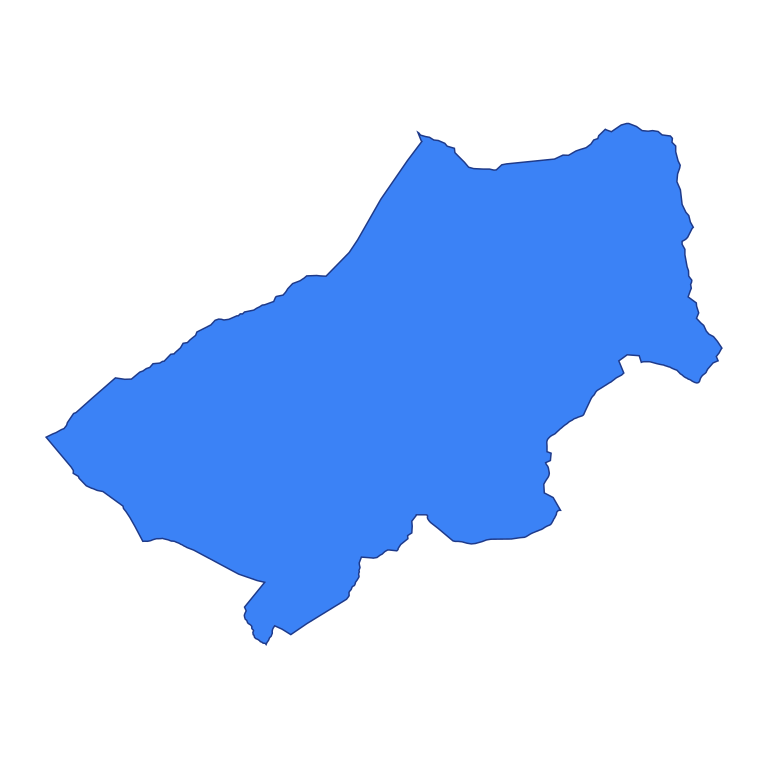 outline of Kwabre East, Ashanti, Ghana
{"feature_id": "2480657B60556198830817", "entity_name": "Kwabre East", "entity_type": "district", "adm_level": 2, "iso_a3": "GHA", "parent_name": "Ghana", "parent_adm1": "Ashanti", "projection": "orthographic", "projection_center": [-1.514, 6.788], "detail": "fine", "context": "isolated", "style": "filled", "palette": "blue", "viewbox_px": 768, "rotation_deg": 0, "n_neighbors": 0, "source": "geoboundaries", "source_scale": "gbopen_adm2", "svg_char_len": 6112}
<svg xmlns="http://www.w3.org/2000/svg" viewBox="0 0 768 768"><path d="M86.3,485.8L91.5,488.2L93.2,488.7L97.2,490.4L102.9,491.5L123.0,506.1L123.5,508.5L126.0,511.6L129.9,517.5L135.0,526.5L142.8,541.3L144.8,541.2L147.3,541.3L149.1,541.0L150.8,540.6L152.7,539.8L154.6,539.2L156.6,538.7L158.9,538.7L160.9,538.6L162.5,538.4L163.8,538.8L168.4,539.9L169.8,540.5L170.5,540.8L171.6,541.1L172.9,541.1L174.7,541.4L176.3,542.2L178.0,542.8L179.4,543.4L180.8,544.3L182.2,544.8L183.1,545.4L184.2,546.1L185.2,546.5L186.4,547.2L186.9,547.5L193.7,550.1L238.6,574.1L257.0,580.5L264.7,582.3L244.5,607.1L246.2,610.9L245.4,612.4L244.6,614.3L244.3,615.4L244.6,617.2L245.3,619.3L246.7,620.3L247.6,622.7L248.4,623.6L249.8,624.4L250.4,624.8L250.7,625.1L251.7,626.2L251.7,626.6L251.9,626.9L251.7,628.0L252.0,628.8L253.2,629.9L253.6,630.7L252.9,632.3L253.2,634.7L254.0,635.3L254.5,637.3L255.8,638.6L256.6,638.9L258.1,639.6L259.6,640.7L260.3,641.6L261.9,642.2L263.0,643.1L265.3,643.4L266.1,644.5L266.9,642.6L268.5,640.4L269.6,637.7L271.1,636.3L272.3,633.2L272.2,631.2L272.6,629.3L273.2,628.1L274.7,625.8L282.1,629.2L290.8,634.6L306.9,623.6L346.6,599.2L347.1,598.5L348.5,596.7L349.1,595.7L349.0,592.4L349.5,591.5L350.2,590.6L350.9,589.9L351.5,588.8L351.8,587.7L352.1,587.0L353.0,586.2L354.1,585.7L354.7,585.0L355.1,584.0L355.4,582.9L355.4,582.4L357.1,580.1L359.0,576.9L359.0,575.9L358.7,574.8L358.7,573.7L358.9,572.8L359.3,572.0L359.2,571.2L359.0,570.5L359.2,569.7L359.7,568.5L360.0,567.3L359.6,565.8L359.3,564.2L359.2,562.9L361.4,557.1L371.8,557.9L373.3,558.1L377.0,557.5L380.2,555.1L382.2,554.1L384.8,551.6L387.6,550.0L389.4,550.0L396.8,550.8L398.0,549.6L398.2,548.4L400.7,544.5L407.9,538.7L407.6,535.6L411.8,532.9L412.2,526.2L411.8,521.2L416.1,515.6L416.3,514.8L425.6,514.8L426.8,514.9L427.6,515.9L427.4,517.7L427.8,518.9L428.9,520.6L430.1,522.0L430.7,522.6L438.0,528.3L453.0,540.9L455.3,541.4L458.2,541.4L462.0,541.8L467.0,543.2L471.3,543.9L475.3,543.5L482.1,541.6L486.6,539.9L490.4,539.3L491.8,539.2L511.3,539.0L519.9,537.7L524.5,537.3L526.4,536.5L530.6,533.9L532.9,532.8L539.8,530.0L541.3,529.5L542.1,529.1L543.3,528.4L544.7,527.4L546.5,526.4L548.0,525.7L549.3,525.2L550.5,524.6L551.4,523.6L552.0,522.5L553.1,520.6L553.4,519.9L553.8,519.0L554.7,517.8L555.2,516.6L556.2,514.8L556.4,514.1L556.6,512.7L556.8,512.1L558.3,510.5L559.4,510.3L560.5,510.3L553.2,497.6L544.3,492.9L543.8,484.6L543.9,484.0L544.8,482.4L545.9,480.5L548.0,477.4L548.6,476.2L549.0,475.1L549.3,473.3L549.1,471.9L548.4,468.1L547.8,466.4L546.3,464.4L545.6,462.7L550.4,460.5L551.1,453.2L547.0,451.7L547.0,446.0L546.8,443.0L546.8,441.8L547.0,441.1L547.3,440.0L547.9,439.0L548.8,437.9L549.3,437.5L549.9,436.8L550.8,436.1L551.8,435.5L552.5,435.0L553.4,434.7L554.2,434.2L555.4,433.5L556.0,432.8L558.4,430.6L559.6,429.5L560.4,428.7L561.3,428.1L563.2,426.4L564.7,425.2L567.2,423.5L569.0,421.9L570.5,421.0L572.1,420.2L574.2,418.7L576.6,417.9L578.0,417.2L579.8,416.6L581.3,416.1L582.4,415.7L583.2,415.1L583.8,414.4L584.0,413.8L585.4,410.7L590.4,400.1L590.7,399.4L591.8,397.4L592.9,396.1L594.2,394.8L594.8,393.7L595.7,392.1L596.9,390.7L597.3,390.4L609.9,382.5L610.7,382.2L613.0,380.4L613.8,379.8L615.8,378.2L616.9,377.5L617.7,377.1L621.5,375.1L622.1,374.6L622.8,374.0L623.3,373.3L623.8,373.0L618.8,360.9L627.2,354.8L639.2,355.7L641.3,362.3L641.7,362.1L643.1,361.8L644.1,361.7L645.8,361.7L646.5,361.7L648.0,361.7L648.8,361.7L650.1,361.8L657.0,363.7L660.1,364.4L662.2,364.8L663.6,365.0L664.6,365.5L667.2,366.3L668.5,366.8L669.7,367.0L670.6,367.5L671.7,368.1L672.8,368.6L673.3,368.8L674.2,369.2L674.9,369.5L675.3,369.6L676.9,370.2L679.5,372.9L680.3,373.8L681.8,374.7L684.1,376.7L685.7,377.7L686.8,378.1L688.2,379.1L689.8,379.6L690.9,380.2L692.1,381.1L693.7,381.9L694.7,382.4L695.8,382.7L696.6,382.9L697.1,382.9L697.6,382.8L697.9,382.7L698.3,382.6L698.8,382.3L699.0,382.0L699.3,381.5L699.7,381.0L699.8,380.4L700.1,379.4L700.4,378.6L700.7,377.9L701.2,377.1L701.8,376.3L702.4,375.5L703.9,374.3L705.2,373.3L706.0,372.5L706.5,371.6L706.6,371.1L707.0,370.3L707.4,369.9L707.5,369.5L707.7,369.1L713.1,362.9L717.5,361.0L718.1,360.8L716.3,356.5L719.0,353.1L721.6,348.3L721.9,348.1L717.3,341.2L713.5,336.6L709.0,334.2L706.3,331.1L703.7,325.4L700.9,323.0L696.5,318.3L698.7,312.9L696.6,306.2L696.3,302.9L688.1,296.9L690.3,290.7L691.3,288.3L690.6,284.5L691.6,282.1L691.8,280.2L690.2,278.1L688.7,276.1L688.5,270.8L687.1,266.8L684.9,254.8L684.9,249.3L682.1,244.3L682.1,241.4L685.7,239.3L687.6,237.4L692.1,228.5L693.3,227.3L690.4,222.1L688.8,215.6L685.9,212.3L682.1,204.4L680.4,189.8L676.9,181.7L677.6,174.0L679.7,168.0L680.2,165.2L678.1,160.9L675.7,151.8L675.7,146.0L672.0,142.3L672.4,138.3L670.4,136.0L662.1,134.9L658.1,131.5L652.5,130.6L648.2,131.2L642.1,130.6L636.5,126.5L628.8,123.5L626.6,123.5L621.2,125.0L611.4,131.7L606.6,130.0L605.3,129.3L598.7,135.7L597.8,138.6L593.7,140.0L590.9,144.1L586.1,147.7L579.9,149.6L575.9,151.0L568.5,155.3L563.0,155.1L554.4,159.1L551.1,159.4L506.5,163.9L501.8,164.8L496.3,169.9L494.0,170.1L489.6,169.1L483.6,169.1L473.6,168.6L468.6,167.2L464.5,162.3L458.6,156.4L454.9,152.6L454.4,148.3L447.2,146.2L444.8,143.3L438.3,140.5L433.8,140.0L429.5,137.3L425.7,136.6L420.5,135.1L418.8,133.0L417.9,132.4L421.2,140.7L421.9,141.4L407.5,160.5L380.9,199.1L357.6,239.9L349.2,252.5L326.0,276.2L320.2,275.9L316.7,275.5L306.7,275.9L304.1,278.1L299.8,280.9L292.6,283.6L287.8,288.7L287.1,289.8L286.0,291.6L284.9,293.0L283.0,295.1L277.6,296.2L276.3,296.5L275.5,297.3L273.7,301.5L264.6,304.8L262.2,305.1L259.6,306.8L256.7,308.2L253.8,310.1L245.5,311.8L244.5,312.0L242.6,313.9L240.2,313.9L238.3,315.8L236.9,315.8L228.9,319.3L223.9,320.0L221.5,319.3L218.6,319.1L215.1,320.3L210.8,325.0L210.1,325.3L196.9,332.0L195.6,335.4L190.3,339.6L187.4,342.6L183.1,343.3L180.5,347.8L175.1,352.6L174.2,353.8L170.7,354.3L164.9,360.4L164.2,361.2L162.5,361.4L159.7,363.1L153.0,363.7L149.8,367.4L146.3,368.6L142.9,371.0L139.8,372.1L131.4,379.1L124.7,379.3L115.4,377.9L90.9,399.3L76.0,412.6L73.6,413.5L67.4,422.6L66.6,425.3L64.0,428.6L61.4,429.6L55.9,432.7L52.8,433.9L46.1,437.2L71.2,467.1L73.4,470.6L73.2,473.3L78.4,476.4L79.1,478.3L86.3,485.8Z" fill="#3b82f6" stroke="#1e3a8a" stroke-width="1.5"/></svg>